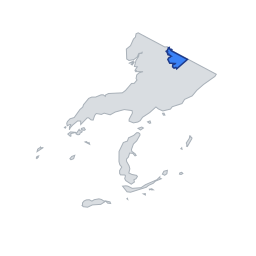 location of North Fly District, Western, Papua New Guinea, rotated 118°
{"feature_id": "67681753B60857978351937", "entity_name": "North Fly District", "entity_type": "district", "adm_level": 2, "iso_a3": "PNG", "parent_name": "Papua New Guinea", "parent_adm1": "Western", "projection": "robinson", "projection_center": [141.24, -5.829], "detail": "fine", "context": "in_parent", "style": "filled", "palette": "blue", "viewbox_px": 256, "rotation_deg": 118, "n_neighbors": 0, "source": "geoboundaries", "source_scale": "gbopen_adm2", "svg_char_len": 5274}
<svg xmlns="http://www.w3.org/2000/svg" viewBox="0 0 256 256"><g transform="rotate(118 128 128)"><path d="M39.2,163.7L39.2,133.6L37.8,131.4L39.1,126.0L39.1,75.3L41.7,75.5L54.0,81.7L62.3,84.9L69.5,86.4L76.2,91.5L81.1,91.8L88.4,98.9L91.4,99.4L96.6,105.3L96.9,110.2L96.3,113.2L104.2,116.1L111.7,120.2L115.8,120.7L118.1,122.1L120.9,125.6L121.4,130.3L119.7,131.1L112.7,131.1L110.7,132.6L113.5,140.0L119.9,146.8L124.7,149.9L126.1,156.0L128.5,157.9L130.1,162.8L132.6,163.3L137.4,162.5L138.2,164.5L137.5,167.6L138.2,168.8L147.1,171.4L144.1,173.0L145.4,175.8L151.3,178.2L154.9,179.1L157.1,178.9L154.5,180.2L152.2,179.8L151.8,180.3L152.7,181.4L154.6,182.7L152.6,184.3L150.7,184.5L147.1,183.5L144.0,180.4L134.2,179.1L130.8,177.8L128.2,178.2L120.3,176.6L117.7,174.5L116.0,171.2L111.3,167.3L110.3,165.4L110.7,162.9L109.4,163.3L106.7,161.4L99.6,149.5L96.0,147.8L87.0,145.8L85.7,143.5L81.4,142.6L80.5,144.1L77.0,145.2L74.1,144.1L71.2,141.2L74.6,147.7L73.4,147.7L74.0,148.7L73.3,148.9L69.6,148.5L70.7,151.2L64.5,152.7L59.9,152.2L57.7,152.9L56.8,152.8L55.6,150.8L53.9,151.1L55.3,151.2L57.1,153.5L60.9,153.2L64.7,154.9L67.9,158.8L67.7,161.5L59.1,166.5L54.1,164.4L46.9,164.9L44.3,164.1L41.0,165.1L39.2,163.7ZM169.1,97.1L170.9,98.5L172.7,97.0L176.1,98.8L175.5,105.3L174.3,107.1L171.4,107.8L171.0,108.7L172.9,112.6L172.1,114.0L169.6,115.4L165.4,115.2L164.3,117.9L161.9,120.2L152.9,124.9L143.0,125.3L139.8,122.4L136.4,122.9L131.9,119.5L128.1,118.1L127.3,116.8L127.4,115.1L128.5,114.1L135.3,114.3L139.6,115.7L145.2,114.9L146.8,113.8L147.4,109.6L148.4,107.9L149.3,108.7L148.1,111.9L149.4,114.8L153.5,114.0L156.0,114.7L158.0,113.8L160.9,109.3L163.2,107.2L167.3,106.2L167.2,102.8L165.8,98.2L166.4,96.9L169.1,97.1ZM218.5,130.6L217.9,132.1L217.7,131.7L215.6,133.0L213.2,132.6L211.1,131.1L209.5,128.5L209.5,125.5L207.2,124.2L204.2,120.4L203.6,117.9L203.9,113.8L208.2,116.2L212.6,123.3L216.9,126.5L218.5,130.6ZM184.8,98.9L181.9,105.5L180.1,102.8L179.4,100.9L179.3,95.9L174.6,88.5L169.9,86.0L160.1,78.2L156.3,77.0L157.2,76.7L157.2,74.8L162.0,78.8L165.0,79.8L169.0,82.9L171.7,84.0L183.5,95.6L184.8,98.9ZM107.3,66.6L116.5,66.9L116.6,67.8L115.4,67.9L113.9,69.5L108.4,69.0L105.9,69.8L105.8,68.7L106.7,68.4L106.5,67.2L107.3,66.6ZM153.3,166.8L155.0,167.9L156.4,167.7L157.5,169.0L157.6,171.1L157.0,171.6L156.6,171.0L152.2,170.5L153.0,169.3L152.2,167.0L153.3,166.8ZM152.6,76.0L149.3,76.0L146.9,73.4L150.1,72.2L152.5,73.4L152.6,76.0ZM159.8,175.9L161.9,174.6L162.4,175.1L161.6,178.3L158.4,176.9L156.2,171.7L159.8,175.9ZM177.1,162.2L180.6,161.6L182.3,163.0L182.8,163.5L182.4,164.9L179.5,164.3L177.1,162.2ZM185.0,193.6L191.6,197.2L189.1,197.8L187.0,196.8L186.8,196.0L186.0,196.3L186.4,195.6L185.0,193.6ZM123.6,119.0L120.7,116.3L120.8,114.4L123.9,116.0L123.6,119.0ZM151.1,168.8L150.2,168.9L148.3,167.0L149.5,164.9L150.8,165.7L151.1,168.8ZM202.9,113.6L201.7,109.2L202.8,107.9L203.9,110.7L202.9,113.6ZM113.4,113.6L111.4,111.9L112.9,110.3L113.8,111.2L113.4,113.6ZM144.6,60.9L143.4,61.2L141.9,59.8L142.4,58.2L144.1,59.3L144.6,60.9ZM100.0,102.8L98.8,104.4L98.0,103.2L99.3,101.5L100.0,102.8ZM160.4,154.2L160.5,159.4L159.5,158.4L160.0,156.2L159.1,155.6L160.4,154.2ZM68.7,155.5L70.6,157.7L65.8,154.2L68.7,155.5ZM70.4,155.0L67.7,154.1L67.2,153.5L70.3,153.8L70.4,155.0ZM197.8,194.1L197.6,194.9L195.9,195.0L194.8,194.0L195.9,194.2L195.7,193.5L197.8,194.1ZM179.0,81.2L179.0,83.6L177.8,81.9L179.0,81.2ZM172.5,79.9L172.0,80.5L170.8,78.8L171.0,78.5L172.5,79.9ZM157.6,183.3L157.4,184.4L156.2,183.8L156.4,183.2L157.6,183.3ZM171.5,78.0L170.5,78.3L170.7,76.6L171.5,78.0ZM121.4,70.3L121.5,71.6L120.2,71.3L121.4,70.3ZM191.2,94.7L191.0,95.8L190.3,95.5L191.2,94.7Z" fill="#d9dde1" stroke="#a8b0b8" stroke-width="1"/><path d="M52.9,112.8L39.5,107.7L39.5,125.7L39.4,125.7L39.2,125.7L39.0,125.8L39.0,126.0L38.9,126.0L39.0,126.1L39.1,126.3L38.9,126.3L38.7,126.3L38.7,126.5L38.8,126.5L39.0,126.5L38.9,126.7L38.9,126.8L38.7,126.9L38.8,126.9L38.8,127.0L38.7,127.2L38.6,126.9L38.5,127.0L38.4,127.0L38.5,127.2L38.5,127.3L38.6,127.5L38.8,127.7L38.9,127.4L38.9,127.5L38.8,127.8L39.0,127.9L38.9,127.9L38.8,128.0L38.6,128.0L38.5,128.4L38.5,128.5L38.5,128.8L38.4,128.9L38.2,128.9L38.1,129.0L38.3,129.0L38.3,129.3L38.2,129.4L38.2,129.5L38.1,129.4L37.9,129.4L37.8,129.5L37.7,129.5L37.8,129.7L37.9,129.8L42.0,129.7L42.0,129.8L42.0,130.0L42.1,130.3L42.3,130.3L42.3,130.2L42.5,130.0L42.5,129.9L42.5,129.7L42.6,129.4L42.7,129.2L42.8,129.0L42.9,128.9L43.0,128.8L42.9,128.7L43.0,128.7L43.2,128.4L43.3,128.3L43.5,128.2L43.4,128.2L43.5,128.1L43.6,127.9L43.8,127.8L43.8,127.7L43.9,127.4L44.0,127.3L43.9,127.3L43.9,127.2L44.0,127.2L43.9,127.0L44.0,127.0L44.1,126.9L44.2,126.7L44.3,126.7L44.4,126.4L44.3,126.2L44.3,125.9L44.2,125.8L44.1,125.6L44.1,125.4L44.1,125.2L44.2,124.8L44.2,124.7L44.2,124.4L44.3,124.1L44.4,123.9L44.4,123.7L44.5,123.8L44.9,123.9L45.1,123.9L45.3,124.0L45.5,124.1L45.8,124.1L46.0,124.2L46.5,124.8L47.6,125.0L48.8,125.0L51.2,121.6L48.9,116.5L49.0,116.5L49.3,116.6L49.4,116.8L49.5,116.8L49.7,117.0L49.8,117.0L50.0,117.1L50.0,117.3L49.9,117.3L49.9,117.5L50.0,117.5L50.3,117.5L51.3,118.1L53.0,117.4L53.1,116.7L53.3,116.6L53.3,116.4L53.4,116.2L53.3,115.9L53.3,115.7L53.5,115.4L52.2,114.2L52.3,114.0L52.3,113.9L52.2,113.9L52.3,113.7L52.4,113.4L52.5,113.3L52.5,113.2L52.8,112.9L52.9,112.8Z" fill="#3b82f6" stroke="#1e3a8a" stroke-width="1.5"/></g></svg>